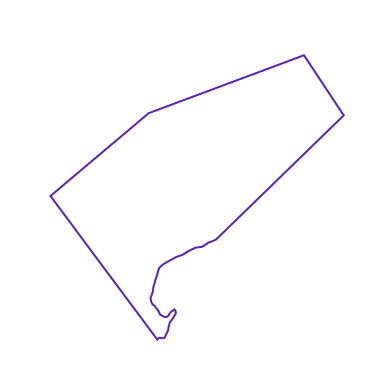 outline of Bani Swayf City, Al Bahr al Ahmar, Egypt, rotated 188°
{"feature_id": "37247803B55078919918818", "entity_name": "Bani Swayf City", "entity_type": "district", "adm_level": 2, "iso_a3": "EGY", "parent_name": "Egypt", "parent_adm1": "Al Bahr al Ahmar", "projection": "natural_earth1", "projection_center": [31.142, 28.985], "detail": "fine", "context": "isolated", "style": "outline", "palette": "violet", "viewbox_px": 384, "rotation_deg": 188, "n_neighbors": 0, "source": "geoboundaries", "source_scale": "gbopen_adm2", "svg_char_len": 858}
<svg xmlns="http://www.w3.org/2000/svg" viewBox="0 0 384 384"><g transform="rotate(188 192 192)"><path d="M161.4,148.4L160.7,149.4L104.0,222.5L52.4,289.0L99.7,342.5L100.2,343.0L245.8,264.1L331.6,168.4L283.0,119.1L205.8,41.0L205.1,42.2L205.0,42.3L203.9,43.1L201.9,43.1L199.9,43.2L198.7,44.1L197.9,47.1L196.8,50.2L196.4,52.4L196.4,55.4L196.1,57.6L195.7,60.2L193.8,63.3L192.6,65.5L191.8,68.1L191.1,69.4L191.9,72.4L193.2,73.3L194.3,71.9L195.5,71.1L197.1,68.8L197.9,66.7L199.5,64.9L201.1,64.4L203.1,64.8L206.4,66.1L207.6,67.8L208.9,69.9L211.3,72.0L213.4,74.2L215.5,75.4L217.1,77.6L218.4,81.5L217.6,84.1L216.9,88.4L217.0,93.2L216.3,96.7L215.9,100.2L215.2,104.1L214.5,109.3L213.8,112.4L211.0,115.9L206.6,119.5L198.2,125.7L192.6,128.5L187.5,132.9L180.7,137.4L174.2,139.2L168.7,144.1L163.9,146.8L161.4,148.4Z" fill="none" stroke="#5b21b6" stroke-width="2"/></g></svg>